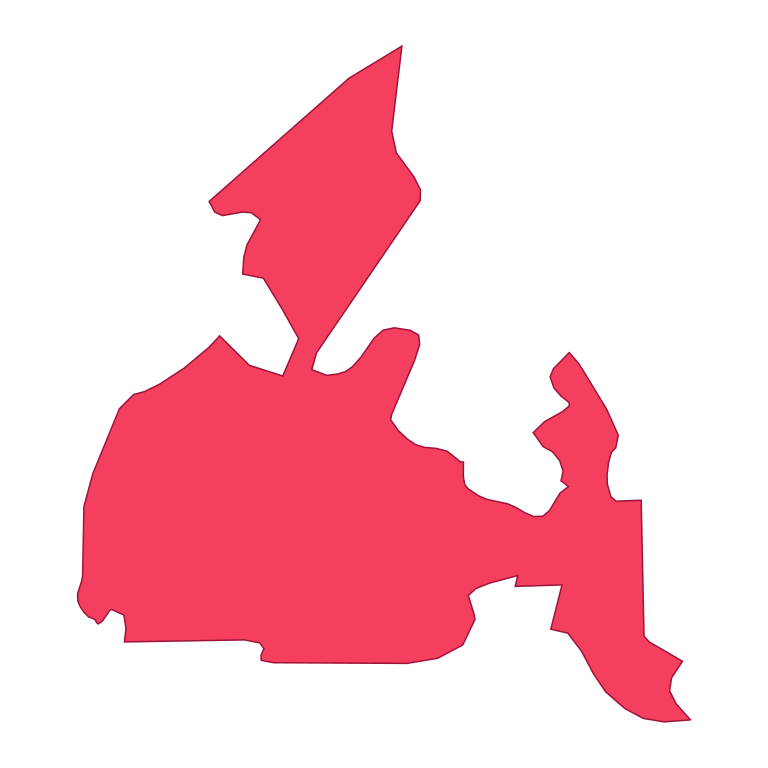 the Province of Maguindanao
{"feature_id": "PHL-2576", "entity_name": "Maguindanao", "entity_type": "Province", "adm_level": 1, "iso_a3": "PHL", "parent_name": "Philippines", "parent_adm1": "", "projection": "orthographic", "projection_center": [124.466, 7.153], "detail": "fine", "context": "isolated", "style": "filled", "palette": "rose", "viewbox_px": 768, "rotation_deg": 0, "n_neighbors": 0, "source": "natural_earth", "source_scale": "10m", "svg_char_len": 1965}
<svg xmlns="http://www.w3.org/2000/svg" viewBox="0 0 768 768"><path d="M242.7,274.1L243.8,257.3L247.0,244.8L260.6,219.7L251.2,212.7L242.6,212.1L222.4,215.6L214.8,212.1L209.1,201.5L209.2,201.4L349.0,78.2L401.9,46.1L391.7,131.2L396.4,153.0L413.7,176.5L420.5,189.8L420.2,200.7L316.6,352.7L311.8,369.4L311.8,369.6L320.8,373.1L326.4,375.3L337.4,374.1L345.4,371.6L347.3,370.3L352.6,366.6L360.9,357.2L374.2,338.1L383.0,330.2L394.2,327.8L410.3,330.3L418.6,335.0L419.7,344.4L414.5,360.6L391.5,414.8L390.7,419.9L398.3,430.5L407.0,438.8L415.2,444.4L424.5,447.4L436.2,448.4L447.0,451.1L460.4,461.8L463.5,462.0L463.3,475.6L463.9,480.2L464.9,484.7L467.9,488.6L478.4,495.7L486.7,499.3L507.6,503.8L516.1,507.5L524.6,512.6L533.4,516.5L542.8,516.2L549.3,510.8L560.0,493.1L568.4,486.7L564.7,483.5L561.0,480.9L563.1,471.1L559.7,460.6L552.5,451.8L543.2,446.7L533.2,432.6L544.6,421.6L562.8,411.4L569.3,405.9L569.1,402.5L561.0,396.1L554.0,388.0L550.1,376.8L553.5,368.6L569.2,352.6L579.0,363.8L581.0,367.5L582.1,368.8L606.8,409.5L618.3,435.3L615.8,447.7L611.4,452.5L608.5,462.9L607.1,474.8L607.3,483.8L610.8,496.6L616.2,501.2L641.2,500.2L644.0,636.0L649.2,641.9L682.5,661.3L671.5,678.0L669.6,690.9L676.1,703.7L690.4,719.8L690.2,719.9L664.1,721.9L643.3,718.4L624.9,708.6L605.7,691.9L593.6,674.0L581.6,651.3L567.9,633.2L550.8,629.2L562.0,584.9L515.2,586.4L517.7,575.5L490.0,583.0L476.0,588.5L468.3,595.5L474.0,613.9L475.0,619.5L462.8,644.9L462.7,645.0L437.6,658.3L407.0,663.4L273.4,662.7L261.1,660.3L261.1,655.1L263.9,648.6L259.7,642.9L244.6,639.9L125.8,641.9L124.4,641.9L126.0,628.5L123.9,615.0L111.3,609.4L109.5,610.8L102.3,621.2L98.4,623.9L96.6,622.7L95.4,620.1L93.3,618.7L88.6,616.9L83.9,612.2L80.0,606.4L77.8,600.8L77.6,593.6L81.5,581.5L82.6,576.1L83.9,506.6L92.8,473.7L119.5,408.6L133.5,394.6L144.7,391.5L159.7,384.1L184.4,367.9L208.6,347.7L219.7,335.9L249.3,365.3L282.8,376.0L298.7,338.6L282.8,310.2L263.4,278.2L242.7,274.1Z" fill="#f43f5e" stroke="#9f1239" stroke-width="1.5"/></svg>